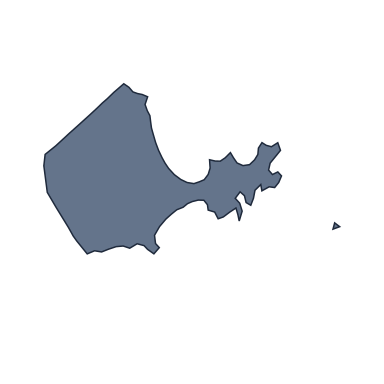 Armação dos Búzios, Rio de Janeiro, Brazil (Robinson projection), rotated 15°
{"feature_id": "56859067B15483842761864", "entity_name": "Armação dos Búzios", "entity_type": "district", "adm_level": 2, "iso_a3": "BRA", "parent_name": "Brazil", "parent_adm1": "Rio de Janeiro", "projection": "robinson", "projection_center": [-41.919, -22.776], "detail": "fine", "context": "isolated", "style": "filled", "palette": "slate", "viewbox_px": 384, "rotation_deg": 15, "n_neighbors": 0, "source": "geoboundaries", "source_scale": "gbopen_adm2", "svg_char_len": 1523}
<svg xmlns="http://www.w3.org/2000/svg" viewBox="0 0 384 384"><g transform="rotate(15 192 192)"><path d="M106.8,278.9L113.1,274.0L120.2,273.3L126.1,268.9L132.9,264.4L139.5,262.0L146.4,262.4L152.4,256.2L159.6,256.2L163.9,258.9L171.2,261.6L174.8,254.2L170.1,251.2L167.0,243.5L169.6,233.8L173.8,224.9L177.7,218.9L181.9,213.1L187.4,209.0L190.7,204.4L194.7,201.2L200.1,198.2L205.6,196.9L210.2,200.3L212.3,205.3L219.1,205.5L224.2,211.1L228.7,208.0L233.7,201.6L238.6,196.1L242.2,202.0L245.1,207.8L245.4,197.5L241.0,190.5L235.4,186.9L238.4,179.4L243.6,182.0L247.0,188.2L252.2,189.6L253.0,182.2L252.4,174.0L256.5,167.0L259.2,172.8L265.2,167.0L270.7,166.3L273.3,160.4L274.3,153.3L269.7,150.4L265.2,154.3L260.3,151.0L260.0,143.9L263.4,136.3L266.7,128.9L262.1,122.2L257.0,127.7L251.6,127.7L246.8,126.2L244.8,132.4L245.9,138.7L244.1,144.8L240.5,150.7L234.4,153.3L228.0,152.3L223.2,148.2L218.9,144.0L215.2,150.4L211.3,154.9L206.4,156.1L200.6,156.3L203.3,164.2L203.1,170.8L200.6,177.0L196.5,180.2L191.7,183.4L184.8,184.1L177.9,182.8L170.4,179.8L163.2,175.2L158.4,171.0L154.0,166.4L148.9,160.4L144.1,153.7L139.5,146.1L136.3,140.7L134.0,135.2L131.6,129.2L127.8,125.1L124.0,119.6L124.5,111.5L118.7,110.7L113.8,111.0L109.0,110.6L104.0,107.2L98.1,105.1L90.7,116.0L86.1,123.7L82.4,129.2L78.7,135.4L72.9,144.6L62.8,160.2L58.6,166.6L48.5,182.6L40.4,193.7L42.1,205.0L52.3,229.8L64.7,242.0L81.8,258.2L88.7,265.3L93.3,269.1L106.8,278.9ZM343.6,187.3L337.8,184.9L337.8,191.4L343.6,187.3Z" fill="#64748b" stroke="#1e293b" stroke-width="1.5"/></g></svg>